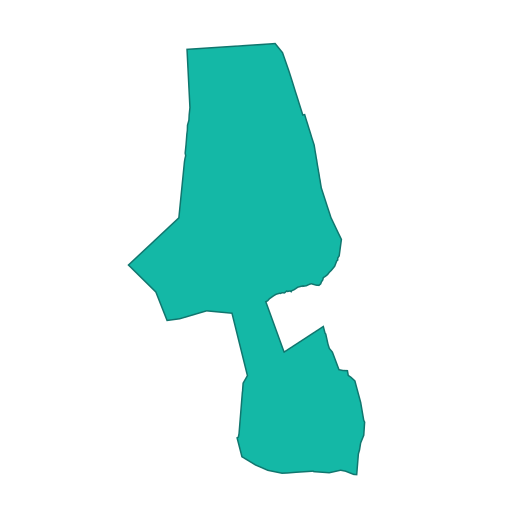 the district of San Juan Sayultepec, Oaxaca, Mexico, rotated 276°
{"feature_id": "50627088B209371934126", "entity_name": "San Juan Sayultepec", "entity_type": "district", "adm_level": 2, "iso_a3": "MEX", "parent_name": "Mexico", "parent_adm1": "Oaxaca", "projection": "robinson", "projection_center": [-97.293, 17.449], "detail": "fine", "context": "isolated", "style": "filled", "palette": "teal", "viewbox_px": 512, "rotation_deg": 276, "n_neighbors": 0, "source": "geoboundaries", "source_scale": "gbopen_adm2", "svg_char_len": 2046}
<svg xmlns="http://www.w3.org/2000/svg" viewBox="0 0 512 512"><g transform="rotate(276 256 256)"><path d="M281.4,339.2L286.4,336.1L286.5,336.0L294.2,331.3L302.2,326.4L304.1,325.6L313.2,321.5L330.1,314.0L330.7,313.7L331.3,313.6L334.1,312.8L334.5,312.7L338.3,311.7L340.1,311.1L342.1,310.6L343.7,310.2L344.7,309.9L345.1,309.8L346.6,309.3L348.0,309.0L348.6,308.8L353.1,307.5L358.1,306.2L359.3,305.8L362.4,305.0L365.1,304.2L367.7,303.5L368.5,303.3L372.5,302.2L379.7,299.0L382.6,297.8L385.2,296.7L387.9,295.5L393.3,293.2L396.0,292.0L401.7,289.6L401.1,287.8L413.7,282.3L415.6,281.5L420.4,279.4L423.3,278.1L432.9,274.0L442.9,269.6L445.7,268.3L461.0,261.1L462.2,259.9L466.2,255.9L469.3,252.8L468.5,248.5L454.3,165.8L396.6,174.8L390.6,174.8L389.5,174.8L384.0,175.1L378.9,174.2L373.7,174.6L369.9,174.5L363.4,174.7L359.2,174.8L350.9,174.8L348.4,175.6L345.5,175.2L342.3,175.0L285.9,175.3L233.7,130.1L209.7,160.2L182.6,174.3L185.6,186.6L196.3,212.6L196.6,238.1L195.2,238.6L136.1,260.0L128.2,256.5L121.4,256.7L121.1,256.8L118.8,256.7L77.7,257.7L74.0,257.4L73.2,256.2L54.9,263.0L48.1,277.4L44.1,290.2L42.7,304.6L42.8,305.2L43.5,309.9L45.2,318.9L48.0,335.3L47.6,336.0L48.1,351.5L51.8,362.5L51.4,367.4L49.0,376.0L49.1,379.0L69.9,378.5L73.8,379.2L81.0,379.6L89.0,381.9L102.1,381.4L103.9,380.3L121.3,375.4L137.6,369.1L142.1,367.4L145.3,363.1L146.9,360.2L151.5,358.9L151.5,358.7L151.2,354.4L151.6,350.4L167.6,342.4L168.5,341.9L171.7,338.6L175.8,336.8L185.7,333.5L186.5,332.7L192.9,330.3L163.4,294.0L163.7,293.8L211.6,270.5L212.6,272.2L215.0,273.9L215.4,274.4L218.4,277.8L220.1,280.1L221.4,283.3L221.3,284.2L222.2,285.7L222.3,288.2L224.4,290.2L224.0,291.1L224.8,293.5L224.2,294.7L225.0,294.9L226.6,297.6L229.4,300.9L231.2,305.8L230.8,305.9L231.7,309.2L232.7,310.8L233.7,312.6L234.2,314.1L233.9,315.5L233.3,319.0L233.4,321.7L234.0,322.2L235.0,323.2L237.2,323.8L239.2,324.9L241.5,325.2L243.2,327.3L245.0,329.1L247.6,330.7L249.6,332.4L254.0,335.3L259.6,336.8L260.5,337.7L262.6,337.5L264.8,338.7L281.4,339.2Z" fill="#14b8a6" stroke="#0f766e" stroke-width="1.5"/></g></svg>